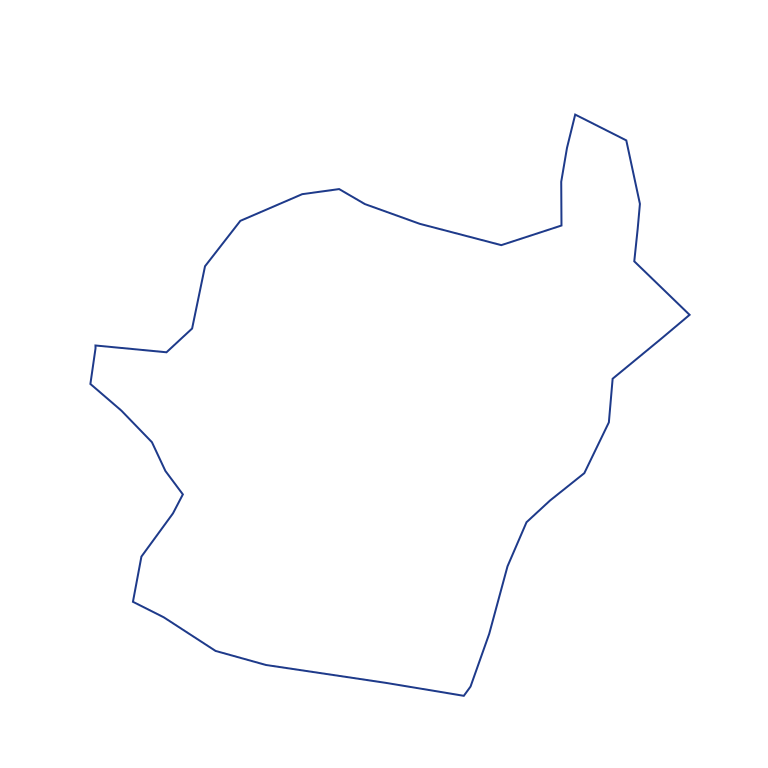 outline of Danilovgrad, rotated 9°
{"feature_id": "MNE-1511", "entity_name": "Danilovgrad", "entity_type": "Municipality", "adm_level": 1, "iso_a3": "MNE", "parent_name": "Montenegro", "parent_adm1": "", "projection": "mercator", "projection_center": [19.12, 42.623], "detail": "fine", "context": "isolated", "style": "outline", "palette": "blue", "viewbox_px": 768, "rotation_deg": 9, "n_neighbors": 0, "source": "natural_earth", "source_scale": "10m", "svg_char_len": 676}
<svg xmlns="http://www.w3.org/2000/svg" viewBox="0 0 768 768"><g transform="rotate(9 384 384)"><path d="M478.1,228.5L534.5,199.7L527.4,156.5L527.8,122.2L530.7,88.0L585.2,105.5L608.6,166.1L610.3,191.3L612.0,223.7L675.0,267.9L650.9,295.7L609.0,343.0L612.1,386.7L595.8,440.7L566.3,473.0L546.4,498.2L534.5,544.8L527.0,614.3L516.8,669.3L511.6,679.5L432.2,678.9L311.4,680.0L259.4,674.0L203.0,648.9L170.1,638.4L171.4,592.4L195.8,544.8L202.6,524.5L181.7,504.1L163.9,477.8L128.8,451.4L94.0,429.9L93.5,393.9L93.0,391.1L164.2,386.7L185.8,359.2L188.8,295.7L216.6,245.3L273.5,209.3L309.2,198.5L337.0,209.3L394.3,220.2L478.1,228.5Z" fill="none" stroke="#1e3a8a" stroke-width="2"/></g></svg>